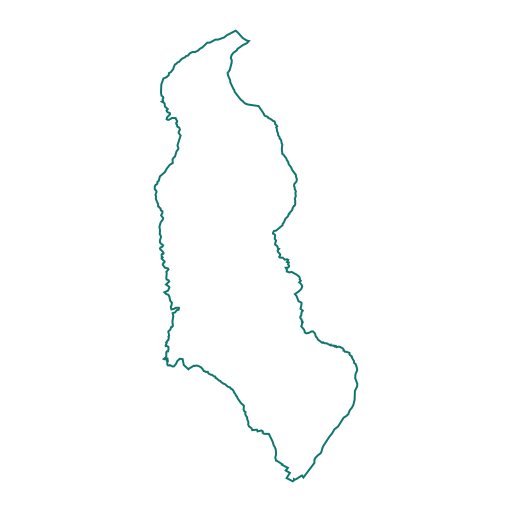 the district of Schela, Gorj, Romania
{"feature_id": "2599482B25991908256991", "entity_name": "Schela", "entity_type": "district", "adm_level": 2, "iso_a3": "ROU", "parent_name": "Romania", "parent_adm1": "Gorj", "projection": "natural_earth1", "projection_center": [23.303, 45.212], "detail": "fine", "context": "isolated", "style": "outline", "palette": "teal", "viewbox_px": 512, "rotation_deg": 0, "n_neighbors": 0, "source": "geoboundaries", "source_scale": "gbopen_adm2", "svg_char_len": 6071}
<svg xmlns="http://www.w3.org/2000/svg" viewBox="0 0 512 512"><path d="M303.4,477.5L314.4,462.9L314.4,460.0L315.4,457.8L318.0,455.2L320.4,453.5L321.4,451.9L322.4,448.1L323.2,446.2L329.3,436.8L331.9,433.7L334.6,429.1L338.0,426.6L343.7,417.6L346.1,416.2L348.3,414.2L349.7,410.4L352.0,407.5L353.4,404.8L354.6,399.6L354.9,391.0L357.1,386.5L357.3,383.8L355.2,378.2L355.5,374.2L357.1,370.5L357.1,368.6L355.6,364.0L354.2,363.1L353.9,360.9L351.8,357.5L351.9,356.6L349.5,354.6L349.5,352.9L346.8,351.9L344.9,351.7L344.1,350.5L343.6,350.5L343.7,349.7L342.7,348.3L340.3,347.1L338.7,346.6L336.7,347.2L335.8,346.7L335.8,346.2L334.7,346.6L333.9,346.0L334.1,345.7L331.0,345.4L330.8,344.7L330.0,345.1L326.9,343.4L324.5,343.2L323.1,342.3L322.7,342.8L321.9,342.6L317.9,339.5L316.9,337.6L315.9,336.7L314.9,333.4L313.1,331.5L311.6,331.4L308.6,333.0L306.2,333.3L304.7,332.3L304.7,331.4L304.0,329.6L301.2,326.3L302.1,324.2L302.0,323.1L302.8,322.3L302.4,321.3L301.8,321.3L301.6,319.5L300.6,318.5L300.2,317.0L300.4,316.3L301.2,315.6L301.6,312.2L302.8,310.7L300.5,308.8L301.4,305.2L301.6,303.1L300.8,302.2L298.5,301.2L296.6,296.1L294.9,294.1L299.2,291.1L301.3,288.9L302.2,286.7L301.8,285.2L300.6,283.5L299.2,282.3L300.8,280.7L299.7,279.4L299.9,278.5L299.3,276.8L296.9,274.8L291.6,271.9L289.5,272.4L286.8,271.5L286.9,269.9L285.8,267.8L287.8,267.7L289.1,266.4L289.0,265.5L288.0,264.3L288.8,262.5L287.0,262.0L288.2,259.8L287.2,259.3L284.7,259.6L282.8,257.7L280.0,257.6L279.2,256.9L280.1,255.3L280.1,254.2L278.0,251.9L277.6,250.5L279.0,248.9L278.1,248.6L277.2,246.1L275.1,244.5L275.2,243.2L276.1,240.7L274.7,238.9L275.1,235.4L274.6,234.4L273.0,233.6L273.1,232.6L274.0,230.9L276.0,230.7L282.6,225.2L282.7,223.9L283.7,222.7L285.5,218.6L287.9,216.4L288.8,214.0L289.6,213.7L289.6,212.9L292.3,209.9L292.5,208.6L293.8,206.0L294.4,205.9L294.9,205.1L295.3,203.9L295.1,202.3L295.3,201.1L294.8,198.8L295.8,196.1L295.4,193.0L295.9,191.4L294.7,189.0L294.7,187.4L294.0,185.8L294.3,184.0L296.3,181.8L296.7,180.3L296.9,179.5L295.9,176.2L295.9,174.9L292.3,170.2L291.1,167.4L288.6,164.0L288.2,162.0L286.8,160.0L286.3,158.4L283.4,154.6L282.4,154.1L281.8,149.4L282.3,144.5L281.7,143.5L281.2,140.5L280.5,139.2L279.7,138.7L279.6,137.2L278.2,135.3L277.9,133.1L277.3,131.8L276.7,128.4L276.2,127.4L277.2,126.2L275.1,123.9L275.2,123.2L274.6,121.4L272.9,120.9L272.2,120.1L269.9,118.6L268.3,118.0L267.7,116.9L264.8,115.7L263.9,114.5L263.8,113.7L258.6,106.1L248.0,104.5L245.5,103.7L243.6,102.2L242.8,101.1L240.7,99.6L234.7,91.9L234.2,89.9L233.4,88.9L230.3,82.3L230.1,80.1L228.0,75.3L227.6,73.0L229.7,70.1L231.6,63.0L231.8,60.2L230.8,58.1L231.5,55.3L233.4,52.8L236.7,50.4L237.4,49.0L243.0,45.0L246.9,43.2L248.9,41.0L246.7,40.5L242.7,38.0L237.5,32.2L235.7,30.7L226.9,35.2L224.0,37.5L218.1,39.6L215.4,39.6L209.9,42.6L207.2,42.7L202.5,47.3L200.0,48.7L197.9,50.7L195.1,52.0L192.3,52.1L189.7,53.4L188.0,55.6L186.0,56.1L185.1,57.2L181.7,58.9L179.0,61.9L177.4,62.5L176.5,63.6L174.8,64.6L173.1,69.2L170.9,72.1L169.0,73.1L168.7,75.2L168.1,75.8L166.5,77.2L163.4,78.5L161.3,84.6L161.0,92.7L161.5,95.6L163.0,96.9L163.4,97.8L162.6,99.3L163.1,100.9L161.8,101.6L164.3,103.0L164.6,103.5L164.9,106.5L167.8,109.1L166.5,110.5L166.9,111.4L167.5,112.1L169.7,113.0L170.0,113.6L170.0,114.3L167.0,117.5L166.6,119.2L167.8,119.8L168.9,119.8L172.1,118.0L175.7,118.1L176.0,119.2L177.2,121.1L177.0,122.1L176.2,122.8L176.2,123.8L176.9,124.4L177.3,126.6L179.2,127.6L179.9,129.6L178.6,132.3L178.7,133.0L180.6,135.5L177.6,144.9L177.5,145.7L178.4,148.1L178.2,149.2L176.5,151.4L175.0,156.5L173.5,157.8L172.5,159.5L172.8,163.0L169.8,164.8L166.8,168.6L164.9,172.1L159.9,176.4L158.8,180.7L157.4,181.9L157.4,183.6L156.8,184.4L155.8,184.7L155.0,185.9L154.7,187.9L154.8,189.1L156.0,190.5L156.6,191.8L155.5,194.8L156.0,196.2L155.9,199.1L158.1,204.2L158.2,206.5L159.1,206.9L159.3,207.5L160.6,208.5L160.8,210.3L162.4,211.2L162.4,212.9L161.1,215.4L163.2,218.1L163.0,219.2L160.6,222.5L159.4,227.1L160.0,229.9L159.8,234.4L160.6,235.5L161.0,236.9L160.0,240.3L159.9,242.0L160.4,243.1L163.1,245.3L162.5,246.6L160.6,247.5L160.0,248.3L160.2,249.2L162.9,251.8L163.6,253.1L163.3,253.8L162.1,254.0L161.7,254.6L161.6,256.1L162.6,257.3L161.6,258.0L161.6,258.6L164.6,261.4L164.4,262.4L163.3,263.2L162.8,264.3L162.9,265.0L165.1,267.8L167.9,268.4L168.5,269.4L166.3,271.9L166.7,273.1L166.3,278.6L166.7,279.5L168.5,280.2L169.2,281.5L166.0,284.5L169.0,286.6L169.4,287.5L168.3,290.1L167.6,290.9L164.4,292.3L166.3,294.1L168.4,294.8L169.4,296.8L170.2,300.6L171.9,302.8L171.5,305.3L170.8,306.9L171.4,309.4L173.8,309.0L175.7,307.8L178.9,307.8L179.0,308.1L178.6,309.7L176.8,310.2L175.1,312.4L172.6,313.2L173.3,316.0L172.4,321.5L172.9,325.9L172.0,327.0L171.3,326.9L170.3,329.6L168.3,331.5L169.1,335.6L168.4,336.8L168.8,337.3L168.7,338.8L168.3,340.0L168.0,340.0L166.2,342.5L166.7,342.9L165.6,345.7L165.9,346.2L166.9,346.0L168.4,346.9L168.5,348.9L168.0,351.4L166.8,351.4L166.3,352.3L166.3,356.0L165.9,357.3L163.7,359.0L164.2,359.3L167.4,358.5L167.8,360.9L167.1,360.9L166.4,359.9L167.4,362.4L167.2,364.2L167.9,365.4L169.2,365.5L169.7,365.1L172.7,366.5L174.0,366.3L176.1,363.7L177.2,361.2L179.7,358.8L182.6,359.1L183.8,365.0L188.4,369.3L189.3,368.4L193.9,365.7L194.5,366.0L196.6,365.5L198.7,366.1L201.1,367.4L202.9,369.4L203.7,371.0L204.9,371.2L205.5,371.9L207.8,371.9L208.5,373.5L211.0,374.8L211.9,374.8L214.3,376.5L215.2,376.6L215.7,378.1L216.4,378.2L219.1,380.6L220.5,381.1L220.8,381.8L223.3,383.6L225.1,384.2L227.6,386.6L230.2,387.5L230.8,388.7L231.7,388.9L233.4,390.6L234.2,392.7L235.1,393.7L236.2,395.8L237.2,396.8L237.4,398.0L240.8,402.9L243.9,405.7L243.6,409.6L244.4,411.4L245.5,412.1L245.2,413.8L245.8,415.5L247.2,417.4L247.1,418.9L248.4,422.1L248.2,424.6L249.1,426.5L251.5,428.2L252.2,430.1L256.9,429.7L257.6,431.4L261.6,430.5L262.8,431.4L262.7,432.9L264.1,433.8L268.9,433.9L272.7,441.8L273.8,445.6L274.8,447.1L275.8,449.7L276.1,454.3L275.3,457.5L276.1,460.7L276.9,460.8L282.3,464.3L282.0,464.8L287.9,467.9L285.7,470.5L289.9,472.9L286.6,478.1L292.8,481.3L293.9,480.3L294.0,479.1L294.8,479.6L296.1,479.2L301.5,475.7L302.0,475.5L303.4,477.5Z" fill="none" stroke="#0f766e" stroke-width="2"/></svg>